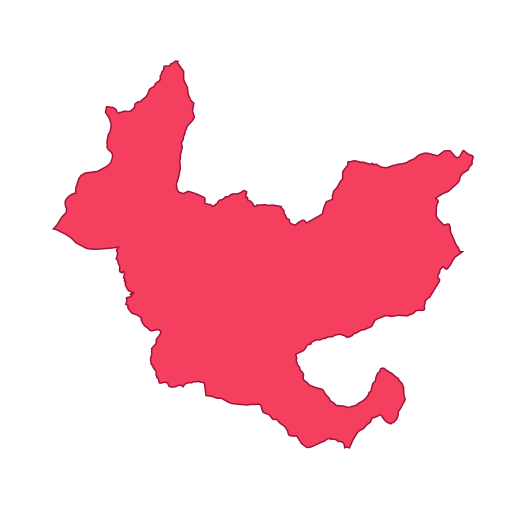 Santiago, Morona Santiago, Ecuador, rotated 187°
{"feature_id": "8360857B27745190393271", "entity_name": "Santiago", "entity_type": "district", "adm_level": 2, "iso_a3": "ECU", "parent_name": "Ecuador", "parent_adm1": "Morona Santiago", "projection": "albers", "projection_center": [-78.365, -2.749], "detail": "fine", "context": "isolated", "style": "filled", "palette": "rose", "viewbox_px": 512, "rotation_deg": 187, "n_neighbors": 0, "source": "geoboundaries", "source_scale": "gbopen_adm2", "svg_char_len": 6062}
<svg xmlns="http://www.w3.org/2000/svg" viewBox="0 0 512 512"><g transform="rotate(187 256 256)"><path d="M99.1,107.5L96.4,111.4L95.5,115.0L95.7,119.0L94.2,121.7L90.4,131.6L92.3,136.1L93.5,143.5L95.6,147.4L98.6,149.7L99.8,151.8L102.3,152.9L107.4,156.4L109.6,156.7L110.7,158.0L112.2,158.2L115.1,160.1L117.3,160.1L118.8,158.8L119.0,156.7L121.1,154.2L122.0,151.0L122.4,146.0L123.9,144.7L124.6,143.3L125.6,135.3L127.1,134.5L127.7,131.4L129.6,128.2L132.0,125.4L136.0,122.6L138.6,119.9L143.5,118.0L145.2,116.8L150.7,117.7L158.6,117.5L160.4,119.4L164.8,121.5L166.1,123.8L169.8,126.9L173.6,131.6L181.5,132.8L187.5,134.5L189.7,136.5L193.5,138.7L194.3,140.4L194.4,144.5L196.2,146.7L198.1,147.8L199.3,150.9L201.6,153.2L203.4,157.6L203.1,159.8L204.6,163.3L197.2,168.0L195.3,171.2L194.7,173.4L192.7,174.9L191.4,174.9L190.7,175.5L190.7,176.6L190.0,177.5L186.6,179.7L184.2,180.4L182.8,180.3L178.7,182.5L177.5,182.5L174.5,184.5L170.0,185.3L168.0,187.1L163.2,188.6L158.2,187.7L157.0,186.7L155.6,186.8L154.9,186.4L152.6,187.6L150.8,188.7L149.6,190.8L146.6,192.1L142.8,195.2L139.7,196.0L132.6,200.2L130.1,206.7L128.0,208.3L121.8,211.7L119.4,212.8L114.1,212.6L107.6,214.5L98.8,215.0L92.9,218.2L90.5,221.2L87.7,222.0L84.0,222.3L82.2,223.4L82.8,227.0L82.4,232.1L80.4,234.9L78.7,236.1L70.8,253.4L70.9,255.0L72.8,256.7L73.2,258.7L71.8,262.0L71.7,264.3L71.1,265.8L69.1,268.2L66.0,266.2L65.4,266.1L64.4,266.8L61.4,272.0L60.6,274.8L58.3,279.1L51.6,285.4L53.3,285.3L54.8,285.8L56.1,288.7L58.9,291.7L65.8,303.5L66.9,308.5L68.2,311.0L70.0,311.1L71.8,309.8L73.8,309.9L79.5,314.5L81.3,316.6L82.2,318.4L82.8,325.5L82.8,329.4L81.7,331.7L81.9,332.7L82.9,334.0L84.9,335.2L78.2,340.7L73.1,343.5L64.8,353.0L63.3,355.8L63.1,359.5L61.1,363.1L55.8,367.5L55.1,370.5L52.7,373.8L53.2,376.7L52.4,380.3L53.2,381.8L58.0,383.0L62.8,386.0L63.8,385.2L65.7,379.8L67.2,378.5L68.6,378.1L70.3,378.8L75.8,383.8L77.7,384.0L81.8,383.3L87.9,377.5L97.8,378.9L101.3,378.6L106.1,376.4L111.6,371.1L114.5,369.7L117.8,367.1L121.7,365.5L127.4,364.0L129.3,362.8L130.6,362.8L136.9,359.6L140.6,359.3L143.7,359.8L147.6,361.8L151.0,361.0L151.7,362.2L153.8,361.0L162.0,362.3L163.1,361.5L164.2,362.0L170.0,362.6L174.2,360.9L176.1,360.8L176.1,357.2L180.2,350.3L179.4,343.2L181.6,339.8L183.8,334.0L186.8,329.8L187.5,325.2L187.0,321.6L192.8,318.4L194.5,312.6L195.3,305.7L209.9,294.9L212.1,297.1L214.1,297.3L217.8,294.6L220.8,291.4L225.0,292.2L226.8,293.5L227.3,296.1L230.5,297.4L231.7,300.0L233.1,301.3L233.8,304.3L236.7,307.0L236.7,307.9L237.4,308.2L245.7,308.6L250.7,307.6L252.5,308.2L259.7,306.7L261.0,306.9L262.2,305.3L264.2,305.2L265.0,307.0L267.8,309.6L271.1,310.7L271.6,313.2L273.6,313.1L273.0,318.5L275.4,319.6L277.6,318.4L278.1,317.6L280.5,316.0L284.5,314.9L286.2,315.0L288.6,313.7L291.1,311.3L293.6,311.0L294.8,309.2L296.4,307.8L299.0,307.0L300.2,305.5L300.9,303.5L302.6,302.1L302.9,301.1L305.2,300.1L307.6,301.6L308.9,301.3L313.5,302.2L313.3,305.2L314.1,307.6L322.7,310.4L331.1,312.0L335.2,309.4L336.2,309.2L340.0,309.9L341.6,311.1L342.7,313.3L343.9,318.1L342.6,323.3L341.8,333.6L343.3,341.2L342.9,343.3L343.4,346.7L342.4,355.2L343.7,358.2L343.7,359.8L342.5,362.7L342.5,365.8L341.5,368.5L341.8,370.4L340.5,373.9L340.2,376.3L335.6,382.7L334.2,385.6L334.2,386.7L336.8,392.3L336.3,400.0L339.7,402.5L343.0,408.1L344.7,415.1L348.5,420.8L349.4,423.0L350.3,430.4L357.2,437.9L357.6,438.7L357.1,439.7L359.7,439.6L362.7,436.6L363.8,436.6L364.0,435.5L365.8,433.9L370.3,433.3L370.4,429.2L372.0,427.0L372.1,424.7L373.0,423.0L372.3,419.4L373.2,418.9L374.0,417.2L375.1,416.7L377.0,414.6L377.2,412.9L378.8,411.0L379.7,410.6L382.2,408.2L383.0,403.9L384.7,400.5L388.6,396.6L389.6,394.8L391.9,394.7L394.5,392.4L394.7,389.2L396.1,386.5L397.6,385.4L398.1,384.4L400.6,383.8L404.2,383.8L407.7,382.0L408.6,382.0L409.3,381.2L410.5,381.2L411.5,381.8L412.7,384.2L414.8,385.5L415.9,385.9L422.5,386.0L422.9,380.3L418.4,374.9L415.7,368.7L415.8,362.4L417.4,358.4L417.9,350.8L417.3,349.3L417.0,345.5L415.3,343.4L412.5,341.6L410.6,339.0L410.6,335.1L411.6,331.1L412.9,328.9L415.3,326.6L423.4,320.8L435.9,317.4L439.6,314.4L441.3,311.1L443.1,301.9L442.8,296.5L446.5,294.7L449.1,292.4L450.7,290.3L452.1,287.1L451.5,283.3L449.7,279.5L449.7,275.9L453.5,270.9L457.5,262.2L460.4,258.2L457.1,257.8L446.8,254.1L441.9,251.6L436.3,247.2L425.2,242.9L419.0,242.8L414.5,243.4L400.2,246.3L393.6,248.0L395.2,244.8L393.6,241.6L393.9,238.2L394.6,236.5L392.2,233.8L391.8,231.8L390.0,229.3L389.7,224.7L388.8,223.6L388.4,223.9L387.1,222.9L385.8,224.6L385.2,224.2L384.4,221.9L384.8,218.1L383.7,217.3L383.2,216.2L383.6,215.4L382.6,214.7L382.8,214.0L382.0,213.7L382.4,212.2L382.0,211.2L380.0,208.0L378.6,206.7L378.6,206.1L372.9,204.5L373.4,203.8L375.3,203.5L376.1,202.7L375.9,202.2L374.5,202.1L374.5,201.3L375.2,200.3L379.4,198.9L379.6,198.3L378.7,196.2L379.3,192.1L377.1,191.4L377.0,189.6L376.3,188.2L372.4,184.2L366.4,182.9L362.3,180.5L362.0,180.1L362.3,178.8L360.2,175.4L357.5,172.7L354.1,171.0L353.1,169.8L351.1,169.0L349.6,169.2L344.5,171.1L342.3,170.4L341.3,169.5L341.5,166.7L344.8,161.0L344.4,157.0L348.4,151.4L347.9,149.8L348.1,147.9L347.4,146.6L348.2,141.0L346.8,135.9L346.1,135.0L344.6,134.7L344.7,133.0L341.0,129.2L340.6,125.7L339.3,123.0L338.4,122.5L337.6,121.3L336.5,118.3L335.6,118.1L331.6,119.5L329.6,119.6L328.2,118.9L326.4,116.0L323.7,115.6L320.0,116.4L317.9,117.8L315.2,118.8L312.5,117.3L311.6,119.3L310.0,120.9L307.7,122.0L304.6,122.3L302.3,123.6L300.1,123.8L298.8,124.5L291.8,123.8L288.6,111.4L282.6,111.4L277.9,110.1L272.9,110.5L265.0,107.3L260.7,106.6L246.6,107.0L243.8,107.9L234.1,109.3L232.4,107.3L231.3,104.1L229.7,101.6L223.5,100.0L219.3,95.9L215.3,96.3L212.1,93.2L206.8,90.4L203.5,86.5L202.0,82.9L200.9,81.9L196.8,81.8L193.6,82.4L188.0,75.5L182.6,72.3L180.5,72.3L178.1,73.2L165.0,81.1L162.9,83.1L160.2,84.0L159.7,83.1L158.4,83.6L154.3,83.5L151.6,81.9L148.7,82.2L145.8,80.6L144.6,76.5L143.2,77.4L139.9,77.0L137.6,84.7L133.9,93.0L132.3,95.0L128.4,97.7L125.4,102.1L122.4,104.7L120.8,109.8L119.3,109.9L115.7,111.8L114.6,113.1L112.6,113.4L108.9,109.3L106.0,107.0L101.8,105.8L100.7,107.0L99.1,107.5Z" fill="#f43f5e" stroke="#9f1239" stroke-width="1.5"/></g></svg>